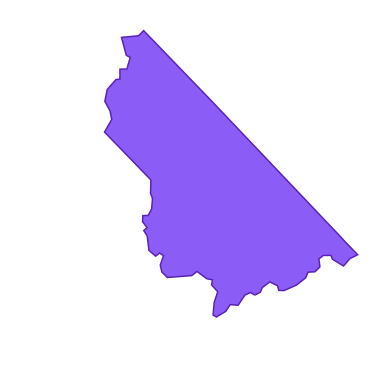 Pitkin, Colorado, United States of America, rotated 46°
{"feature_id": "52423323B63555126894288", "entity_name": "Pitkin", "entity_type": "district", "adm_level": 2, "iso_a3": "USA", "parent_name": "United States of America", "parent_adm1": "Colorado", "projection": "mercator", "projection_center": [-106.839, 39.172], "detail": "fine", "context": "isolated", "style": "filled", "palette": "violet", "viewbox_px": 384, "rotation_deg": 46, "n_neighbors": 0, "source": "geoboundaries", "source_scale": "gbopen_adm2", "svg_char_len": 972}
<svg xmlns="http://www.w3.org/2000/svg" viewBox="0 0 384 384"><g transform="rotate(46 192 192)"><path d="M140.3,114.7L42.3,114.7L42.5,121.9L31.8,135.3L48.0,144.3L52.3,143.0L58.3,153.4L53.6,158.5L60.7,165.4L58.3,168.6L59.4,181.8L66.2,191.7L76.9,194.7L84.1,199.4L88.1,213.3L154.8,213.2L164.1,222.7L169.3,225.0L176.2,232.9L178.4,239.8L174.8,243.7L179.0,248.2L186.4,249.1L186.2,253.5L192.4,254.7L204.2,263.6L212.9,262.7L213.4,257.7L218.0,256.7L222.5,265.6L228.6,269.3L236.4,269.1L252.0,250.2L252.6,243.6L264.7,241.6L269.4,238.3L272.4,242.4L281.6,242.8L286.9,252.8L295.1,262.3L298.9,261.3L301.3,250.6L299.6,242.7L305.5,237.5L302.9,225.6L304.8,219.9L309.8,218.3L311.6,212.7L309.6,207.8L310.7,198.6L318.7,195.6L323.1,197.9L326.9,194.2L331.5,181.6L332.7,169.9L330.3,164.2L334.8,159.0L334.7,152.0L328.3,147.2L328.8,141.7L334.1,136.1L337.9,137.7L350.5,134.4L349.6,124.7L352.2,116.4L332.8,116.4L326.7,116.2L140.3,114.7Z" fill="#8b5cf6" stroke="#5b21b6" stroke-width="1.5"/></g></svg>